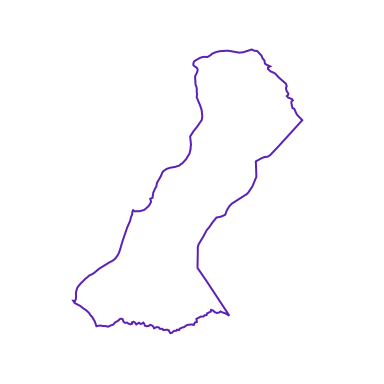 São João do Araguaia, Pará, Brazil, rotated 283°
{"feature_id": "56859067B47376797369085", "entity_name": "São João do Araguaia", "entity_type": "district", "adm_level": 2, "iso_a3": "BRA", "parent_name": "Brazil", "parent_adm1": "Pará", "projection": "equal_earth", "projection_center": [-48.731, -5.441], "detail": "fine", "context": "isolated", "style": "outline", "palette": "violet", "viewbox_px": 384, "rotation_deg": 283, "n_neighbors": 0, "source": "geoboundaries", "source_scale": "gbopen_adm2", "svg_char_len": 3087}
<svg xmlns="http://www.w3.org/2000/svg" viewBox="0 0 384 384"><g transform="rotate(283 192 192)"><path d="M59.3,100.7L57.5,102.6L56.5,106.1L55.9,108.6L54.2,112.2L53.0,115.4L51.2,118.6L49.0,120.9L47.9,122.7L44.1,126.3L39.7,129.1L40.9,131.5L41.3,133.1L41.4,135.5L42.0,138.7L41.8,140.4L43.9,143.1L44.9,144.9L48.2,146.8L49.0,148.1L50.4,149.4L51.7,149.9L52.6,151.3L52.5,153.0L50.0,154.6L49.5,156.4L50.1,158.1L49.5,159.7L49.2,161.5L50.2,163.3L51.4,162.8L52.5,164.3L51.8,166.0L50.4,167.5L52.7,169.7L51.8,171.6L52.7,173.0L53.8,174.0L52.6,175.3L51.2,176.1L51.0,178.0L51.8,180.0L53.1,181.0L53.0,182.9L52.1,184.7L50.7,185.6L52.6,188.4L52.5,190.4L51.4,191.5L52.0,194.0L51.0,195.1L52.2,198.6L52.1,200.4L50.8,201.4L49.6,202.7L50.4,204.2L51.7,204.9L52.8,206.1L53.2,207.9L54.4,208.3L54.6,210.5L56.0,210.7L57.8,213.1L58.5,214.6L59.8,215.7L61.0,216.8L61.8,218.3L63.0,222.0L62.8,223.6L65.5,224.2L66.5,226.0L69.3,224.8L72.5,228.5L73.3,231.2L74.7,232.0L75.3,233.9L77.1,234.0L79.7,237.2L81.4,237.1L81.2,239.4L80.1,241.1L79.7,243.4L80.7,245.6L82.0,246.5L81.5,249.0L81.3,251.5L79.9,256.2L108.6,226.1L119.2,214.5L120.4,214.2L135.5,211.0L139.3,210.1L142.4,210.2L151.7,213.2L158.2,214.9L161.1,216.5L167.1,218.9L172.6,221.6L174.6,225.9L177.3,229.5L181.7,230.0L186.6,231.6L189.7,233.5L202.8,246.3L205.0,247.3L208.9,248.8L211.1,249.6L221.3,251.3L226.6,249.9L236.2,247.3L241.0,252.7L242.4,254.8L243.3,257.6L245.4,259.8L253.6,264.6L255.6,265.8L286.8,283.3L289.4,279.2L290.3,277.8L291.6,276.3L296.1,272.9L296.5,270.9L301.0,268.8L302.6,268.6L303.9,269.6L305.0,268.6L305.6,264.5L306.8,262.8L308.2,263.8L309.5,263.8L311.9,261.3L314.5,260.1L316.5,260.5L318.7,259.1L323.2,250.6L325.9,246.8L326.5,245.2L327.2,241.4L329.0,238.3L330.4,238.1L332.0,239.9L332.8,235.9L333.5,234.2L336.4,233.0L338.3,230.5L340.6,229.0L344.0,223.8L343.7,220.7L344.3,218.2L342.7,215.5L339.7,210.5L339.1,208.8L338.4,206.7L337.9,196.7L337.5,194.2L336.4,190.6L335.8,188.4L334.6,185.6L333.9,184.1L331.2,180.4L329.7,179.5L328.1,177.9L326.9,176.5L326.6,174.1L325.9,172.0L324.5,169.6L321.0,165.8L319.7,164.7L317.8,164.4L315.9,164.8L314.9,166.5L314.3,168.6L312.5,170.0L310.3,170.1L305.3,169.0L298.4,171.0L296.8,171.6L295.4,172.7L293.3,173.6L291.5,173.8L290.3,174.2L288.4,174.9L285.5,175.2L283.5,176.6L280.7,178.6L278.4,180.3L273.9,183.0L268.1,185.0L264.4,185.3L257.0,182.4L251.6,179.8L245.7,177.7L237.8,180.4L235.7,180.5L233.4,181.0L230.3,180.9L228.9,181.0L225.5,179.7L223.9,179.3L222.5,178.8L217.6,176.0L216.6,174.9L215.0,173.8L212.6,169.8L210.7,165.2L208.8,162.1L205.8,159.3L204.0,158.7L200.1,158.0L193.0,155.8L189.3,156.0L187.3,155.3L182.7,154.4L177.4,154.8L176.0,152.8L173.4,154.3L170.9,153.8L168.8,153.0L165.2,150.6L163.6,149.2L161.3,144.8L161.0,142.7L160.3,140.9L161.0,138.7L159.3,138.4L156.2,138.7L154.0,138.2L150.0,138.2L142.6,136.8L127.7,135.3L118.6,134.8L114.8,134.2L112.2,133.2L109.7,132.2L107.2,130.1L104.8,127.3L96.4,118.8L91.3,115.0L89.0,112.7L87.9,111.0L85.1,109.0L83.1,107.3L81.2,106.3L78.5,104.5L74.5,102.4L72.4,101.7L68.6,101.5L66.7,101.8L63.4,102.7L61.6,102.9L59.6,102.6L59.3,100.7Z" fill="none" stroke="#5b21b6" stroke-width="2"/></g></svg>